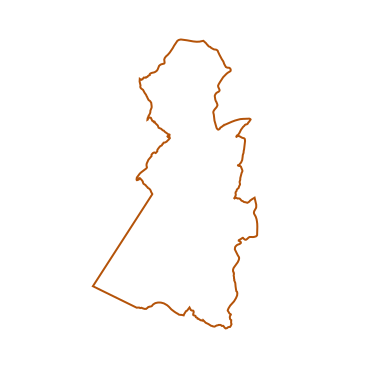 Turkana Central, Rift Valley, Kenya (Mercator projection), rotated 213°
{"feature_id": "3690345B27917723778047", "entity_name": "Turkana Central", "entity_type": "district", "adm_level": 2, "iso_a3": "KEN", "parent_name": "Kenya", "parent_adm1": "Rift Valley", "projection": "mercator", "projection_center": [35.914, 3.132], "detail": "fine", "context": "isolated", "style": "outline", "palette": "amber", "viewbox_px": 384, "rotation_deg": 213, "n_neighbors": 0, "source": "geoboundaries", "source_scale": "gbopen_adm2", "svg_char_len": 6006}
<svg xmlns="http://www.w3.org/2000/svg" viewBox="0 0 384 384"><g transform="rotate(213 192 192)"><path d="M224.1,168.5L223.8,59.0L175.8,64.8L175.5,64.8L173.4,66.3L172.3,66.4L171.3,67.4L170.4,67.5L169.4,67.8L168.2,68.1L166.8,69.0L166.7,69.6L166.3,70.2L166.0,71.8L165.5,72.1L165.3,72.6L164.9,73.0L164.3,73.4L163.6,74.4L163.4,76.3L162.6,78.2L162.0,79.1L160.3,80.8L157.9,82.3L155.8,83.0L154.8,83.3L151.2,83.5L149.0,83.2L145.4,82.3L141.4,82.0L138.6,82.0L138.0,82.2L136.4,82.0L135.1,82.5L133.7,83.3L131.8,84.0L132.1,85.3L132.1,87.9L132.2,88.6L131.5,89.9L131.2,93.8L130.0,93.1L128.7,92.4L127.6,92.5L126.5,93.1L125.8,92.9L125.2,92.3L124.5,90.3L124.1,89.6L123.4,89.5L122.2,89.9L121.5,89.9L120.9,89.3L120.5,89.1L119.4,89.3L118.7,89.3L118.3,88.8L116.7,89.2L115.0,89.1L114.1,89.6L113.2,89.7L112.8,90.0L112.9,90.6L109.3,89.8L106.3,90.2L103.1,90.2L102.1,90.6L101.3,90.7L99.9,91.3L99.6,91.6L98.7,93.4L97.7,94.3L97.3,95.0L95.8,96.0L95.2,96.1L94.2,95.9L93.9,96.0L93.1,96.7L92.6,96.7L90.7,96.0L89.5,95.9L88.5,96.9L88.2,98.0L87.6,98.8L86.6,99.6L86.6,101.1L86.9,102.7L87.9,103.5L88.7,104.8L89.3,105.9L90.7,106.1L92.0,107.4L92.6,108.6L92.6,110.3L93.1,110.6L94.0,110.5L94.6,110.6L96.1,111.4L97.3,111.9L97.6,112.2L98.0,114.2L98.1,117.5L97.2,123.1L97.3,126.9L97.8,129.8L98.8,131.7L99.6,132.6L99.9,132.8L100.7,132.9L101.9,134.1L104.0,136.5L106.1,139.2L108.7,141.1L108.9,141.8L109.7,142.4L110.4,143.5L111.5,144.5L111.9,145.6L112.4,146.1L112.6,146.8L113.3,147.1L113.6,147.5L114.2,147.7L115.2,149.0L115.7,150.7L115.7,152.2L115.4,158.1L115.8,160.7L116.5,162.3L117.1,162.9L119.2,163.9L124.8,167.2L125.2,167.9L125.8,169.3L125.8,170.1L125.5,171.7L125.0,172.7L123.7,174.4L123.3,175.5L123.3,176.0L123.7,176.5L124.0,176.6L126.3,176.6L126.5,177.0L126.3,177.6L125.7,178.5L124.6,181.1L124.4,181.3L124.1,181.3L123.3,181.0L121.6,180.9L120.8,181.3L120.3,182.3L119.8,184.2L119.4,185.3L119.0,185.8L116.2,187.5L115.1,188.5L114.2,189.6L114.0,190.2L113.9,190.6L113.9,191.3L118.2,198.3L120.0,200.9L121.6,202.8L123.1,204.4L125.1,206.0L128.1,207.6L128.7,208.2L129.1,209.0L129.4,209.9L129.6,213.3L129.9,214.3L131.2,216.3L136.4,221.3L137.9,218.2L138.6,216.3L138.7,215.1L139.4,213.6L139.7,213.1L141.7,212.5L142.7,212.0L143.2,211.9L144.3,212.0L145.7,211.7L148.2,212.4L148.5,212.4L149.4,212.0L150.3,211.3L151.5,211.3L152.3,210.8L152.8,209.8L153.2,209.9L153.1,210.7L153.6,213.2L154.1,214.0L154.8,214.6L155.3,215.6L155.2,217.0L155.6,218.1L155.6,219.1L155.1,220.8L155.6,222.4L155.8,224.4L156.2,225.0L156.9,225.6L157.6,226.4L158.2,228.5L159.1,230.0L160.8,235.1L161.0,236.7L161.3,237.3L162.0,237.9L164.8,239.9L165.7,240.0L166.9,239.4L167.9,239.3L168.0,239.5L167.5,240.1L167.2,240.6L167.2,241.6L166.9,243.4L167.3,246.1L168.7,249.1L169.5,250.6L170.1,252.9L171.1,254.8L171.5,256.0L175.3,263.7L176.2,264.8L176.6,265.2L177.2,265.4L177.6,265.4L179.5,264.8L182.6,264.6L183.3,264.4L184.1,263.8L184.5,263.3L184.7,262.5L184.9,262.5L185.0,262.6L185.1,263.8L184.5,265.0L184.4,266.1L184.4,267.7L184.8,270.8L184.6,274.5L184.2,275.8L184.1,277.2L183.7,277.9L183.0,278.5L182.6,279.2L182.5,279.5L182.6,281.0L182.3,282.3L182.4,283.4L182.3,284.6L182.4,284.8L183.0,284.9L183.7,284.8L184.5,284.3L189.3,280.9L191.2,279.4L192.5,278.0L194.8,275.4L196.8,272.7L201.1,266.2L201.6,265.9L201.6,265.0L202.0,264.6L202.7,262.4L203.2,261.7L203.3,261.2L203.1,260.4L203.7,258.8L204.3,258.5L205.7,258.8L206.5,259.3L212.0,264.1L215.8,268.7L217.3,270.1L217.8,270.9L218.0,272.0L218.0,273.5L217.6,276.5L217.8,278.4L218.4,279.2L218.9,279.6L220.6,280.8L221.2,281.0L222.7,282.1L224.6,284.2L225.2,284.9L225.4,285.4L225.6,286.5L225.5,288.2L225.1,289.2L224.2,290.8L224.1,291.8L224.2,292.2L224.7,292.8L227.2,294.4L228.0,295.3L228.3,296.9L228.4,299.3L228.4,305.2L227.5,309.7L227.0,311.4L225.8,313.8L225.6,314.5L225.7,314.9L226.2,315.7L227.2,316.4L228.6,316.4L230.1,315.5L231.7,315.3L234.7,316.9L236.8,318.5L239.3,319.6L243.8,322.1L247.0,324.1L247.4,324.5L248.6,324.6L249.3,324.5L251.2,323.6L251.7,323.5L254.4,323.3L255.7,323.6L256.8,323.3L257.7,323.3L259.0,323.8L259.6,323.8L261.1,324.4L264.8,325.0L267.6,322.2L270.0,320.5L272.9,319.0L278.6,316.6L283.9,314.1L284.7,313.6L285.9,312.3L286.6,310.8L286.7,304.9L286.5,302.2L286.6,296.8L287.0,294.0L287.7,291.4L287.8,289.4L287.4,287.9L285.6,285.8L285.3,285.3L285.3,284.6L285.8,284.0L287.1,282.6L287.6,281.9L288.1,280.7L288.3,279.9L287.5,275.9L287.6,274.4L288.2,272.8L288.9,271.7L290.5,270.1L291.4,268.8L291.6,267.9L291.1,267.0L291.8,266.1L292.2,264.7L292.1,264.3L292.9,263.4L292.8,263.0L293.0,262.8L293.4,262.8L293.7,262.2L294.7,261.8L294.9,260.6L294.9,259.5L295.5,259.1L295.6,258.5L296.0,258.3L297.4,258.4L296.1,256.1L293.2,253.3L292.8,252.3L292.1,251.5L290.8,251.1L288.7,251.0L285.8,249.4L283.5,248.5L282.0,247.5L281.4,247.3L280.8,246.8L278.5,245.5L276.6,245.4L274.8,244.6L272.5,241.9L271.8,240.7L271.2,237.6L270.4,236.2L270.1,235.3L269.9,233.9L269.9,232.4L269.5,230.7L269.4,229.7L268.9,228.7L268.7,228.3L268.5,228.7L268.8,229.3L268.8,229.9L268.6,230.8L267.9,231.5L266.9,231.8L264.1,230.1L263.3,230.3L262.7,230.0L262.1,229.9L262.1,230.5L261.7,230.6L260.3,229.8L256.9,229.1L255.0,227.7L252.2,228.2L250.2,227.8L249.0,228.1L247.7,227.7L243.5,227.5L243.0,227.5L242.3,227.9L242.1,227.9L242.0,227.7L242.6,226.8L242.9,225.3L242.7,225.2L242.1,225.6L241.3,226.4L241.1,226.1L241.2,225.1L240.4,225.3L240.1,225.3L239.9,225.1L240.1,223.2L240.5,221.7L240.7,220.4L241.6,218.8L242.7,217.9L242.6,216.5L242.9,215.9L242.7,214.7L243.4,213.4L243.7,212.8L243.9,210.8L244.0,208.8L243.8,208.0L243.3,207.3L243.5,205.4L243.8,204.8L244.8,204.8L245.3,204.5L246.0,203.3L246.2,202.1L246.2,201.0L245.5,200.1L246.1,195.4L245.5,191.4L245.2,190.5L244.6,189.5L244.0,188.8L243.3,188.3L243.1,187.6L243.2,186.7L245.3,180.9L245.8,179.0L246.1,174.5L246.0,173.7L245.3,172.3L244.8,171.9L244.6,171.9L243.5,173.3L243.4,173.7L243.9,174.1L244.0,174.4L243.9,174.7L243.6,175.0L243.3,175.2L240.9,174.7L239.0,174.0L238.3,173.2L237.1,172.5L234.8,172.5L233.0,171.9L232.0,171.8L231.4,171.4L229.8,171.5L228.5,171.2L227.8,170.9L226.0,169.6L224.2,168.7L224.1,168.5Z" fill="none" stroke="#b45309" stroke-width="2"/></g></svg>